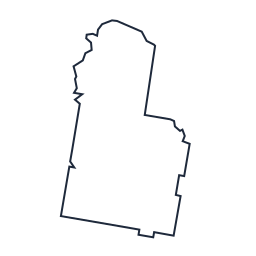 Worth, Georgia, United States of America (Robinson projection), rotated 9°
{"feature_id": "52423323B78408762151605", "entity_name": "Worth", "entity_type": "district", "adm_level": 2, "iso_a3": "USA", "parent_name": "United States of America", "parent_adm1": "Georgia", "projection": "robinson", "projection_center": [-83.867, 31.583], "detail": "fine", "context": "isolated", "style": "outline", "palette": "slate", "viewbox_px": 256, "rotation_deg": 9, "n_neighbors": 0, "source": "geoboundaries", "source_scale": "gbopen_adm2", "svg_char_len": 717}
<svg xmlns="http://www.w3.org/2000/svg" viewBox="0 0 256 256"><g transform="rotate(9 128 128)"><path d="M95.4,24.2L86.2,29.5L83.0,35.5L83.0,41.7L78.5,40.5L72.6,42.3L72.7,46.0L78.1,49.4L79.9,56.6L74.2,60.8L72.8,68.3L64.6,75.6L68.9,85.2L68.0,87.9L71.2,96.7L69.2,101.7L77.5,101.8L71.2,108.3L76.6,111.6L76.3,157.8L76.1,170.1L81.1,175.4L76.1,175.3L76.0,182.8L75.5,225.5L149.6,226.5L155.1,226.6L155.1,231.8L170.0,232.0L170.1,226.8L189.9,227.2L190.6,187.0L185.7,186.6L185.9,166.6L191.0,166.7L191.4,134.0L184.1,132.5L185.3,127.0L182.0,121.1L179.8,122.7L174.1,119.1L172.4,113.9L168.4,112.8L142.5,112.5L141.9,42.6L140.6,41.6L132.8,39.1L126.5,30.7L100.4,24.0L95.4,24.2Z" fill="none" stroke="#1e293b" stroke-width="2"/></g></svg>